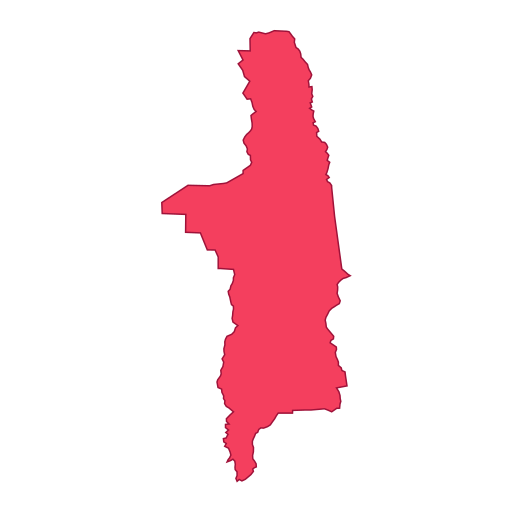 the district of Santa Cruz do Sul, Rio Grande do Sul, Brazil
{"feature_id": "56859067B37224130569598", "entity_name": "Santa Cruz do Sul", "entity_type": "district", "adm_level": 2, "iso_a3": "BRA", "parent_name": "Brazil", "parent_adm1": "Rio Grande do Sul", "projection": "orthographic", "projection_center": [-52.406, -29.65], "detail": "fine", "context": "isolated", "style": "filled", "palette": "rose", "viewbox_px": 512, "rotation_deg": 0, "n_neighbors": 0, "source": "geoboundaries", "source_scale": "gbopen_adm2", "svg_char_len": 3674}
<svg xmlns="http://www.w3.org/2000/svg" viewBox="0 0 512 512"><path d="M350.2,275.7L347.8,274.2L346.1,272.6L344.1,270.8L341.8,269.0L334.6,216.5L331.7,187.9L331.6,185.5L329.8,182.9L327.6,181.7L326.5,179.5L329.2,177.5L327.8,175.6L325.9,174.6L326.9,172.4L328.0,168.7L328.8,164.7L329.7,162.3L327.2,160.4L327.9,157.9L328.8,155.3L327.1,153.1L325.5,151.7L326.9,149.5L327.7,147.2L326.4,144.3L324.7,142.4L321.7,142.0L319.9,139.1L316.8,136.3L316.6,132.5L318.7,131.3L317.9,128.6L316.1,126.1L313.5,125.1L313.1,122.7L315.3,121.7L313.6,118.6L313.0,116.3L313.2,113.7L313.8,111.1L311.8,110.0L309.6,108.3L311.7,107.0L310.2,102.8L312.3,102.0L311.4,98.9L312.8,96.4L311.7,93.8L312.2,89.8L311.9,86.6L309.0,87.0L308.9,84.2L308.3,80.7L310.4,78.3L311.7,74.9L310.4,71.9L309.1,69.8L308.2,67.4L307.5,64.4L305.0,61.7L303.0,59.2L301.1,57.4L300.7,53.9L299.8,51.2L298.2,49.0L296.0,47.5L295.1,44.7L294.3,42.3L294.7,38.9L292.3,36.2L290.6,33.8L289.0,31.7L286.7,31.3L274.2,30.7L269.0,32.9L265.5,33.8L261.5,32.8L258.7,32.1L256.3,32.9L253.9,32.5L250.0,38.6L250.2,50.9L238.2,50.6L243.0,60.0L238.2,63.8L242.7,70.3L244.5,76.6L249.8,81.2L242.9,93.1L247.1,99.2L250.6,98.8L252.0,102.4L252.8,106.3L254.1,109.4L256.1,111.5L253.0,113.8L251.0,115.5L251.4,119.0L252.1,123.0L252.2,126.5L251.7,129.0L250.4,130.9L248.7,132.7L246.7,134.4L244.8,136.9L243.2,140.1L244.0,143.2L246.1,145.8L247.4,148.9L246.9,151.7L248.3,154.4L250.4,155.4L250.5,159.8L251.7,162.3L250.4,165.3L243.1,170.4L243.1,173.6L226.7,182.9L223.3,183.5L213.5,184.5L209.6,185.8L188.0,185.3L161.8,202.5L162.2,213.5L185.8,214.4L185.6,232.3L200.4,232.9L207.3,249.9L215.1,250.0L216.6,253.4L218.2,256.9L218.2,268.5L220.3,268.5L233.5,269.4L234.7,274.6L233.4,277.8L233.4,280.4L232.3,283.5L230.9,285.8L230.1,289.3L228.2,291.3L228.7,294.2L229.8,297.0L230.8,301.9L231.5,304.6L233.4,306.1L233.5,309.1L232.9,311.8L232.6,315.6L232.1,318.4L233.0,322.1L237.9,325.6L235.5,327.8L234.3,331.6L231.7,334.3L227.0,336.3L225.5,339.2L224.8,341.8L224.9,344.9L223.9,348.7L224.0,351.4L224.7,354.7L222.1,358.9L223.7,362.1L222.9,366.6L220.8,370.3L221.2,373.9L220.4,376.1L217.7,379.8L217.0,382.0L218.0,387.5L221.6,389.1L221.9,392.3L223.7,395.9L223.5,398.6L224.9,400.6L224.6,403.6L226.3,406.4L228.9,407.9L230.9,409.6L233.5,411.8L230.1,414.9L226.4,418.7L226.5,421.4L229.0,424.0L225.5,424.4L225.5,427.6L228.5,430.0L225.8,432.5L228.0,434.3L226.1,438.0L223.4,438.6L223.8,441.9L226.3,443.5L224.7,446.3L228.5,448.2L230.1,452.0L230.9,455.1L229.6,457.8L228.1,459.7L227.1,461.9L230.5,460.6L232.9,459.2L234.8,461.1L235.3,464.3L235.0,467.3L235.2,469.6L237.0,471.8L237.1,475.5L235.9,478.4L237.1,481.3L239.2,479.5L241.9,480.9L245.3,479.3L248.3,476.8L250.9,474.6L253.4,471.4L252.7,469.1L254.4,467.7L256.3,466.9L256.1,463.8L254.6,461.2L252.8,458.8L252.6,455.5L253.4,451.8L253.5,447.5L252.4,444.5L252.4,441.2L253.3,438.8L254.5,436.3L255.6,433.4L257.7,432.3L258.7,429.5L260.8,427.9L263.6,428.1L267.6,426.6L270.3,424.9L272.3,422.0L274.7,418.7L276.3,415.8L278.2,413.1L292.5,413.1L292.6,410.4L304.8,410.0L310.8,410.0L315.3,409.6L324.4,408.8L326.4,409.5L328.4,410.3L331.7,411.8L334.3,410.0L336.7,408.3L339.6,408.2L340.0,404.0L340.8,401.4L340.2,398.6L340.0,395.5L338.9,391.8L336.5,387.9L347.0,385.9L345.5,375.9L345.0,371.9L341.9,370.5L341.2,367.8L338.4,365.4L338.4,362.1L337.4,359.5L336.0,356.6L335.3,352.4L336.5,349.4L336.3,347.0L333.1,344.8L330.1,342.8L330.9,340.4L333.4,338.9L333.7,336.3L327.6,329.0L326.3,327.1L325.9,323.5L325.2,320.1L325.9,317.4L327.4,314.6L329.2,310.9L331.9,308.2L334.2,306.8L336.4,305.3L339.3,303.6L340.2,300.8L338.4,297.0L337.1,293.4L337.6,290.1L337.7,286.9L337.1,284.5L338.8,282.1L341.1,279.9L343.2,278.4L346.1,277.6L350.2,275.7Z" fill="#f43f5e" stroke="#9f1239" stroke-width="1.5"/></svg>